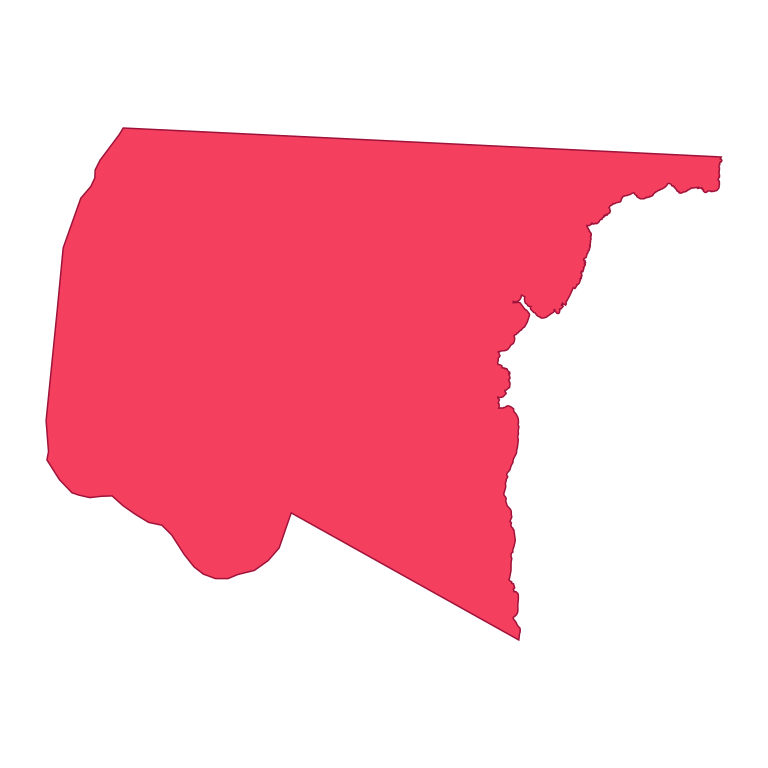 Ngersuul, Airai, Palau (Albers equal-area conic projection)
{"feature_id": "81905179B1106200869758", "entity_name": "Ngersuul", "entity_type": "district", "adm_level": 2, "iso_a3": "PLW", "parent_name": "Palau", "parent_adm1": "Airai", "projection": "albers", "projection_center": [134.596, 7.428], "detail": "fine", "context": "isolated", "style": "filled", "palette": "rose", "viewbox_px": 768, "rotation_deg": 0, "n_neighbors": 0, "source": "geoboundaries", "source_scale": "gbopen_adm2", "svg_char_len": 6119}
<svg xmlns="http://www.w3.org/2000/svg" viewBox="0 0 768 768"><path d="M518.8,640.0L519.6,633.4L520.1,632.1L520.2,629.2L519.8,627.9L518.4,626.6L517.0,624.5L516.0,622.2L513.3,618.8L513.3,617.3L514.6,616.5L516.5,614.7L517.6,612.5L517.9,610.1L517.8,605.3L518.4,598.5L518.3,594.9L517.9,593.6L516.0,591.7L513.8,591.6L513.9,590.4L513.3,589.0L514.7,587.9L513.5,583.8L511.8,583.4L511.7,581.8L510.2,581.1L508.9,579.7L509.4,578.7L511.0,570.6L511.1,562.1L511.8,558.7L510.9,555.5L511.7,552.8L512.9,552.1L512.7,550.0L514.0,546.4L515.3,540.4L513.9,530.0L513.0,529.2L512.9,528.2L511.7,527.3L510.9,525.4L511.4,522.6L509.9,521.6L511.8,517.0L511.3,514.5L511.3,511.5L510.5,509.4L507.2,505.8L505.7,501.1L506.2,498.6L505.6,497.1L504.4,495.8L503.7,494.0L505.6,487.6L505.7,485.7L505.4,483.0L506.1,481.3L506.2,479.4L507.3,477.8L507.7,476.4L506.8,475.4L506.7,473.9L507.7,472.4L509.8,470.0L511.3,465.3L512.9,462.6L513.1,460.1L513.8,458.2L516.4,453.4L516.7,450.2L517.5,446.8L518.3,439.9L517.7,436.5L518.5,433.5L518.1,431.6L518.9,426.6L517.9,424.5L518.5,423.0L518.3,419.1L517.7,417.1L516.2,414.2L513.8,411.4L513.5,408.7L510.9,406.8L508.9,405.9L506.9,406.0L504.6,407.6L503.4,407.6L502.9,408.1L500.7,407.9L498.7,408.2L499.2,406.3L499.0,403.6L498.2,403.1L499.4,399.9L498.6,398.6L497.9,398.3L497.8,397.1L499.0,397.6L501.5,397.3L503.0,396.8L506.1,393.6L505.9,392.6L505.3,392.2L504.7,390.5L505.6,390.5L508.9,387.8L509.5,387.6L510.0,384.0L509.8,382.2L509.1,381.6L509.3,381.1L508.5,379.7L510.0,378.6L509.6,376.0L509.0,375.0L509.0,374.2L509.9,373.8L509.7,372.5L509.1,372.7L509.4,372.1L507.3,370.3L507.3,369.2L505.8,368.4L505.0,368.8L504.5,368.7L504.3,368.0L502.2,367.8L501.9,365.9L500.8,365.1L498.0,364.4L497.9,363.5L497.5,362.4L498.2,360.9L498.3,357.8L499.2,357.1L500.0,355.8L498.2,351.9L498.9,351.6L499.6,351.9L500.8,351.1L501.9,350.8L504.0,350.8L506.5,350.2L508.2,349.0L511.1,344.9L513.2,343.5L513.8,342.5L514.6,339.9L514.6,337.6L514.0,335.8L515.0,334.8L516.3,334.4L517.1,332.9L517.9,332.9L520.3,330.4L521.1,330.2L523.1,327.8L524.5,327.0L527.2,322.3L529.6,315.0L529.1,313.4L526.6,310.2L525.0,309.4L520.0,302.7L518.3,302.4L513.1,302.7L513.3,301.4L515.5,302.0L518.3,301.0L519.5,300.1L520.9,297.9L521.5,295.1L524.9,296.8L524.4,299.1L524.8,301.4L525.3,303.0L527.4,304.6L527.9,305.8L529.2,306.4L531.0,306.5L530.4,307.8L530.7,309.3L533.8,312.5L535.2,312.8L536.5,315.0L538.3,316.4L540.1,316.9L540.2,317.5L541.6,318.1L543.9,317.9L546.3,317.2L551.5,313.4L553.3,312.4L554.2,311.3L554.0,309.8L554.6,309.5L554.8,310.5L556.2,312.5L556.9,313.2L558.2,313.6L559.3,312.8L559.9,309.8L559.5,309.2L559.7,308.8L561.0,308.9L563.2,306.3L562.2,305.0L561.5,305.2L561.6,304.5L562.5,303.3L563.0,304.2L563.7,304.0L565.6,305.1L566.3,303.9L566.0,302.4L569.8,295.5L573.3,287.7L574.8,288.5L575.7,287.6L575.7,287.2L577.1,285.2L577.0,284.5L578.1,284.3L579.2,283.2L580.5,279.7L580.0,278.9L580.8,278.2L581.2,278.4L581.4,278.1L581.0,277.3L581.4,276.9L581.2,276.4L581.7,276.3L581.9,275.7L581.6,273.7L580.9,272.9L580.9,272.4L581.8,271.2L582.3,271.9L582.9,271.6L583.8,268.7L583.4,267.7L584.0,267.5L584.3,266.3L585.2,265.3L585.2,264.5L584.4,263.9L584.4,263.4L585.4,263.1L585.6,262.6L585.5,262.1L585.0,261.9L585.2,261.1L584.7,260.3L583.7,260.4L583.9,258.7L586.1,257.4L587.2,253.5L587.9,252.9L588.2,250.9L589.0,250.6L589.4,249.8L589.2,248.8L590.0,247.7L589.8,246.9L590.2,246.2L590.1,245.6L589.8,245.4L590.3,245.1L590.1,244.3L590.6,241.6L590.3,240.9L591.0,239.3L590.8,236.9L590.4,236.3L591.2,235.7L591.2,233.4L590.0,232.1L589.7,231.3L589.1,231.1L589.3,230.5L589.0,229.7L588.3,229.1L588.3,228.5L587.9,227.9L587.6,227.8L586.8,225.6L587.0,225.3L587.4,225.7L589.0,225.7L591.1,224.5L591.3,223.4L591.7,223.3L592.5,223.2L592.5,223.8L592.9,223.6L593.5,224.1L595.9,223.3L596.3,223.7L597.6,223.2L599.1,221.8L599.3,221.1L600.5,219.5L601.6,219.5L602.1,219.1L602.0,218.2L601.7,218.1L602.6,218.0L603.3,217.1L603.8,217.1L604.3,216.5L603.8,216.2L604.0,215.7L604.9,215.1L605.5,215.6L606.0,215.4L606.2,215.1L605.8,215.0L606.0,214.5L607.0,215.2L607.7,214.5L607.9,213.7L609.0,213.3L609.9,212.6L610.3,210.6L609.8,210.0L609.7,208.6L608.9,207.6L609.7,206.8L610.1,206.0L612.9,204.3L612.9,203.7L614.9,203.6L615.9,202.9L620.4,201.8L620.9,201.0L621.5,199.0L621.9,198.5L621.9,198.1L622.4,197.6L622.8,196.7L623.8,196.1L624.3,196.1L624.4,195.8L627.3,195.5L627.7,195.1L629.9,194.6L632.0,193.3L633.9,192.8L635.3,194.8L636.8,195.6L636.8,196.6L640.3,198.8L643.5,198.8L644.8,198.5L645.7,197.9L645.8,197.5L647.0,197.6L647.5,197.2L647.9,197.4L649.6,196.9L649.7,196.6L650.0,196.8L652.2,195.6L652.5,195.7L653.5,194.4L653.5,193.8L655.5,192.3L655.6,191.9L656.3,191.8L659.0,190.1L659.4,190.2L660.2,189.8L660.3,189.5L662.6,188.7L664.9,187.2L666.8,185.4L667.7,183.6L669.3,183.4L671.0,184.2L671.8,185.7L672.5,186.1L673.3,185.9L673.8,186.2L674.1,186.7L674.0,187.1L675.2,188.0L675.2,188.4L676.8,190.0L676.8,190.7L678.3,191.7L678.8,191.6L678.8,192.3L679.1,192.8L680.0,193.1L681.8,193.0L682.7,192.3L686.0,191.5L687.6,190.4L687.7,190.1L689.7,189.3L691.4,187.9L692.5,188.1L696.3,187.5L697.8,187.4L697.4,187.9L697.5,188.4L697.9,188.4L698.3,188.1L698.8,188.2L699.1,187.8L699.9,188.1L701.8,187.8L701.7,188.7L702.2,189.2L702.9,189.1L703.4,189.7L703.1,190.2L703.4,191.1L705.1,192.5L706.5,192.3L708.0,191.0L710.0,190.9L710.7,191.5L711.6,191.2L711.6,191.5L713.9,191.4L715.6,190.7L716.4,190.7L717.2,190.1L718.7,188.3L719.1,187.1L719.1,185.5L719.4,185.1L719.4,182.6L719.1,182.3L719.4,181.7L719.0,180.7L717.8,179.7L719.4,177.2L719.5,176.4L719.2,176.3L719.5,175.9L719.5,174.7L718.9,173.5L719.1,173.1L718.9,172.4L719.3,171.9L719.1,170.4L719.4,170.0L719.5,167.6L719.0,167.0L718.9,166.3L719.2,165.3L719.7,165.1L719.8,163.8L719.5,163.3L720.4,162.0L720.8,162.2L721.9,160.7L721.5,159.5L720.3,159.0L721.2,157.0L123.2,128.0L119.3,134.5L100.0,160.3L95.2,169.9L94.8,178.0L90.8,186.5L80.8,198.2L63.2,247.8L57.2,310.4L46.1,420.6L48.5,451.7L46.9,459.9L59.4,479.6L71.9,492.7L78.8,495.1L89.8,497.6L101.1,496.3L112.1,495.9L123.0,505.7L135.2,514.2L148.6,522.4L161.9,525.2L171.7,535.0L184.3,554.6L194.0,566.8L203.3,574.1L215.5,578.6L228.0,578.6L237.8,574.5L254.4,570.4L268.1,560.6L279.1,548.0L291.2,512.9L518.8,640.0Z" fill="#f43f5e" stroke="#9f1239" stroke-width="1.5"/></svg>